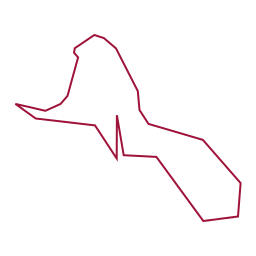 Kalawao, Hawaii, United States of America
{"feature_id": "52423323B8965190317075", "entity_name": "Kalawao", "entity_type": "district", "adm_level": 2, "iso_a3": "USA", "parent_name": "United States of America", "parent_adm1": "Hawaii", "projection": "albers", "projection_center": [-156.961, 21.174], "detail": "fine", "context": "isolated", "style": "outline", "palette": "rose", "viewbox_px": 256, "rotation_deg": 0, "n_neighbors": 0, "source": "geoboundaries", "source_scale": "gbopen_adm2", "svg_char_len": 397}
<svg xmlns="http://www.w3.org/2000/svg" viewBox="0 0 256 256"><path d="M202.9,139.9L148.5,123.9L139.5,110.0L137.8,91.1L116.0,48.4L103.9,38.1L94.3,35.0L74.8,48.2L74.0,52.7L78.1,57.4L67.5,95.9L60.6,103.9L45.4,110.8L15.4,103.9L35.7,118.5L95.0,125.4L116.7,158.5L116.9,115.2L123.7,155.2L156.4,156.9L203.3,221.0L238.0,216.5L240.6,183.1L202.9,139.9Z" fill="none" stroke="#9f1239" stroke-width="2"/></svg>